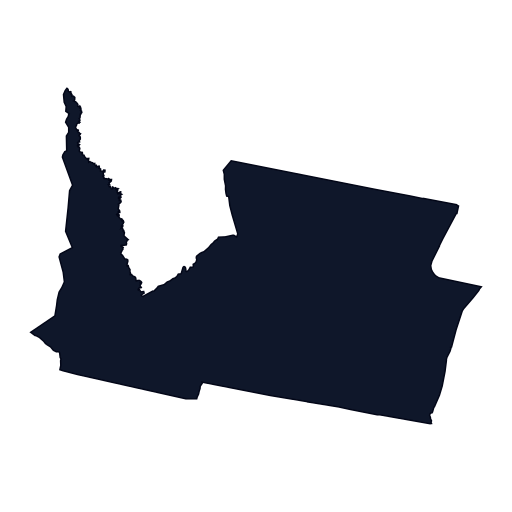 the district of Yerba Buena, Tucumán, Argentina
{"feature_id": "61730980B10668196443859", "entity_name": "Yerba Buena", "entity_type": "district", "adm_level": 2, "iso_a3": "ARG", "parent_name": "Argentina", "parent_adm1": "Tucumán", "projection": "mercator", "projection_center": [-65.399, -26.771], "detail": "fine", "context": "isolated", "style": "filled", "palette": "ink", "viewbox_px": 512, "rotation_deg": 0, "n_neighbors": 0, "source": "geoboundaries", "source_scale": "gbopen_adm2", "svg_char_len": 5930}
<svg xmlns="http://www.w3.org/2000/svg" viewBox="0 0 512 512"><path d="M479.1,289.4L481.3,286.8L438.8,277.8L435.9,276.0L434.5,274.7L432.5,271.9L431.3,269.4L430.7,265.6L432.0,260.9L439.3,246.3L439.1,246.2L442.8,238.7L456.2,213.6L456.9,213.5L458.5,206.0L457.2,205.4L456.7,204.7L423.4,198.4L422.3,198.5L410.3,196.0L374.8,189.3L231.2,160.8L223.3,170.3L224.3,174.2L224.3,179.3L225.6,185.8L225.5,189.4L226.0,193.3L226.7,196.1L228.7,196.5L229.8,205.5L232.2,214.9L237.8,233.9L236.6,237.0L233.9,235.3L233.0,235.2L225.2,236.9L218.5,237.2L217.6,239.2L217.1,239.8L216.8,239.6L214.6,241.1L213.1,243.0L211.2,244.5L208.7,247.6L204.0,251.7L201.5,252.6L199.9,253.5L196.7,256.1L196.3,257.0L196.3,258.1L196.8,259.7L196.0,262.1L195.1,263.2L193.2,264.3L193.4,266.7L192.8,267.1L192.0,267.3L190.3,267.2L188.9,269.8L187.5,271.3L186.5,271.6L186.0,271.4L185.6,268.1L185.2,267.2L184.4,266.6L183.8,266.6L183.0,267.4L181.2,273.6L180.7,273.9L178.3,274.1L176.9,276.5L174.8,278.1L173.0,278.6L170.0,280.9L167.2,282.0L164.2,284.6L158.3,286.3L157.1,287.9L153.9,291.1L153.3,291.3L152.7,291.1L143.7,296.0L143.1,296.6L141.3,295.5L141.2,294.9L144.1,293.1L143.7,291.5L140.8,291.9L139.1,289.1L138.4,290.0L138.1,289.8L138.3,288.9L139.3,287.7L140.9,287.8L141.3,287.5L140.1,285.8L140.2,284.8L140.8,284.3L140.2,282.9L140.8,282.8L141.4,283.2L141.7,282.7L141.5,282.1L140.9,281.4L139.4,280.4L137.9,280.4L136.8,280.9L136.1,280.8L135.7,277.9L135.0,276.9L132.4,275.8L131.6,274.4L130.2,274.8L130.1,274.7L130.4,272.9L129.9,271.5L130.0,269.6L128.7,267.6L128.2,265.6L127.8,265.7L127.2,266.2L126.9,265.5L127.4,262.7L127.8,261.7L127.8,260.0L126.7,259.2L124.8,259.0L122.4,255.2L120.8,254.1L121.1,252.8L120.8,252.5L121.7,251.4L122.0,250.4L122.8,249.5L123.0,249.0L122.6,248.3L123.2,247.5L122.4,246.8L121.2,246.5L120.8,246.0L120.9,245.5L121.5,245.2L123.7,245.3L126.3,244.9L126.6,243.5L126.3,242.8L126.4,242.0L126.9,241.2L127.1,240.3L128.2,239.7L124.3,236.2L123.9,235.2L124.3,233.6L124.4,232.4L123.7,231.9L124.0,231.2L123.8,230.8L123.3,231.3L123.0,231.1L122.8,230.6L123.0,229.3L122.3,228.2L121.5,228.0L121.1,228.2L121.6,227.2L122.7,226.7L122.8,225.9L121.5,226.1L121.3,226.0L123.2,223.5L123.3,222.8L123.8,222.2L123.3,220.7L122.8,220.2L122.6,221.1L122.2,221.2L121.4,220.0L121.9,219.6L121.8,218.9L121.4,218.8L120.7,219.2L119.9,218.2L119.1,217.5L119.0,216.7L117.7,216.1L117.9,215.7L119.1,215.6L119.2,215.1L118.9,214.6L118.0,214.6L117.1,215.1L116.6,214.5L116.9,214.1L118.6,213.0L118.1,211.9L118.4,211.5L118.8,211.6L119.6,212.4L119.8,212.4L119.7,211.0L119.3,210.2L118.2,209.2L118.9,205.0L118.4,204.5L118.4,204.0L119.8,203.3L121.0,202.0L121.1,201.4L120.7,200.1L119.3,200.5L119.2,200.1L119.7,199.1L118.6,198.5L118.4,198.0L118.9,197.0L119.6,197.2L120.0,198.3L121.0,197.4L120.4,195.0L121.7,194.3L120.6,193.7L120.7,191.8L120.2,191.8L119.8,193.2L119.2,192.5L118.8,192.5L118.4,193.6L118.0,193.9L117.6,193.4L117.4,192.6L117.0,192.0L117.8,189.9L116.3,189.6L117.8,188.6L116.0,188.4L115.6,187.7L115.2,187.8L115.0,188.4L113.6,187.9L112.7,186.9L112.3,187.1L112.3,187.5L112.5,187.9L113.1,188.1L113.1,188.7L111.9,189.1L111.3,189.0L110.7,188.0L110.2,186.3L109.3,186.7L108.9,185.9L108.9,185.1L108.5,184.8L109.6,184.5L108.9,182.9L110.3,182.0L111.3,181.0L111.5,179.5L110.7,179.5L109.6,180.6L109.0,180.2L109.5,179.9L109.6,179.3L108.6,178.5L107.8,179.1L106.5,178.7L104.0,178.6L103.7,178.4L104.0,177.6L103.5,177.0L103.5,176.6L103.0,176.2L103.9,175.7L103.5,174.9L103.1,172.3L104.9,171.9L105.0,170.2L103.7,170.0L103.1,171.0L102.6,171.3L100.5,171.0L100.6,169.0L98.9,168.2L99.4,167.3L99.1,166.1L97.3,166.5L96.7,167.0L96.0,166.5L96.4,165.8L96.3,165.2L95.0,165.1L94.5,164.2L94.7,163.5L94.3,163.5L94.2,163.9L93.7,163.8L93.0,163.5L92.7,162.8L90.4,162.1L90.0,161.6L89.4,161.6L88.7,162.1L88.7,161.5L88.4,160.6L88.8,158.4L87.9,158.4L87.7,159.3L87.3,159.4L84.9,157.1L83.9,155.1L82.4,154.9L82.0,153.9L82.5,153.4L82.3,152.4L80.6,152.2L79.5,151.4L79.3,150.5L79.8,148.6L79.5,148.0L79.5,147.4L79.2,147.1L78.3,147.1L77.4,145.9L77.7,145.1L78.7,145.6L79.6,144.6L77.9,143.6L77.5,142.8L77.6,142.4L79.6,141.9L79.2,140.6L80.3,139.1L80.3,137.3L79.9,136.3L79.1,135.9L79.3,134.6L80.1,134.4L80.5,133.7L79.7,133.4L79.0,132.4L78.2,132.5L78.0,131.7L77.5,131.1L78.3,130.6L78.3,130.1L76.8,129.7L75.6,127.9L75.7,126.6L76.4,125.6L76.7,124.0L78.1,123.0L79.2,123.1L79.4,122.5L79.8,122.3L78.7,121.3L79.9,120.6L79.6,118.9L79.2,118.4L80.0,117.7L80.3,114.1L81.0,113.9L81.0,113.3L81.8,112.6L81.5,111.0L80.5,110.4L81.0,109.4L81.0,108.8L80.8,108.5L80.3,108.7L79.8,108.2L80.6,107.3L79.8,106.0L79.2,106.7L77.7,106.4L77.9,105.5L77.8,104.3L76.9,103.0L76.2,102.6L75.7,101.7L75.0,101.7L73.6,101.0L74.3,100.6L74.7,99.5L74.8,97.4L73.5,96.2L72.4,95.9L71.7,96.2L71.9,94.5L71.1,94.4L71.2,93.4L70.4,93.0L70.4,92.3L70.9,92.1L70.9,91.8L70.5,91.6L69.8,92.0L68.4,91.4L68.2,89.8L67.5,88.6L66.9,88.3L65.2,90.6L63.5,94.5L64.2,102.2L66.2,106.5L65.8,111.3L69.2,113.7L68.6,114.6L68.3,116.4L66.6,119.2L65.6,122.2L68.7,127.3L68.7,132.4L66.4,136.0L66.7,150.8L64.8,151.7L62.9,154.9L62.4,157.1L72.6,185.2L69.6,190.6L68.1,208.0L65.6,231.3L72.4,247.6L60.2,254.0L59.1,256.9L63.2,272.2L64.4,281.9L61.9,287.5L59.1,292.1L57.3,299.7L56.6,305.6L54.9,315.9L30.7,332.3L35.0,335.5L36.2,335.7L39.2,337.3L43.6,341.1L45.6,343.7L46.7,344.2L46.9,344.6L50.6,346.9L53.4,350.3L56.4,351.8L58.3,351.7L59.3,352.1L59.7,353.2L60.2,357.5L61.0,358.9L60.6,360.8L60.8,365.4L59.9,369.7L62.9,370.7L77.5,374.5L185.9,398.8L196.7,398.8L197.2,396.9L198.5,394.2L199.2,391.0L200.0,388.7L200.2,386.3L202.2,383.3L201.9,382.1L270.3,395.5L307.6,401.7L307.6,401.9L338.6,406.9L350.5,409.5L377.3,414.8L379.9,414.8L430.1,423.7L431.5,423.5L431.0,422.2L431.5,420.9L430.4,418.4L430.4,417.4L429.6,415.4L429.8,414.3L430.7,412.9L431.9,412.9L432.5,412.0L433.8,407.4L434.4,406.8L439.4,395.3L442.2,386.0L445.0,371.6L446.4,360.5L446.4,359.4L446.9,357.4L450.0,351.3L450.9,348.3L450.6,347.4L451.5,347.1L456.1,329.7L462.3,310.8L463.7,308.6L473.0,297.8L478.7,290.6L479.2,289.7L479.1,289.4Z" fill="#0f172a" stroke="#020617" stroke-width="1.5"/></svg>